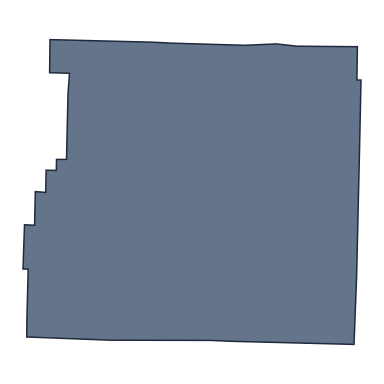 the district of Newton, Arkansas, United States of America
{"feature_id": "52423323B24705008980857", "entity_name": "Newton", "entity_type": "district", "adm_level": 2, "iso_a3": "USA", "parent_name": "United States of America", "parent_adm1": "Arkansas", "projection": "equal_earth", "projection_center": [-93.303, 35.925], "detail": "fine", "context": "isolated", "style": "filled", "palette": "slate", "viewbox_px": 384, "rotation_deg": 0, "n_neighbors": 0, "source": "geoboundaries", "source_scale": "gbopen_adm2", "svg_char_len": 496}
<svg xmlns="http://www.w3.org/2000/svg" viewBox="0 0 384 384"><path d="M27.0,314.8L26.7,337.0L110.5,340.2L210.7,340.4L231.2,341.3L354.0,344.4L356.6,277.1L359.7,142.3L361.0,80.1L356.9,80.0L357.4,47.1L357.4,46.7L297.2,46.2L276.4,43.9L244.9,45.3L173.2,43.2L152.7,42.2L70.1,40.1L50.0,39.6L49.6,72.7L69.5,73.3L68.0,94.0L66.5,159.4L56.5,159.4L56.3,170.4L46.1,170.2L45.7,192.4L35.3,191.6L34.6,225.2L24.5,224.8L23.0,269.0L28.2,269.2L27.0,314.8Z" fill="#64748b" stroke="#1e293b" stroke-width="1.5"/></svg>